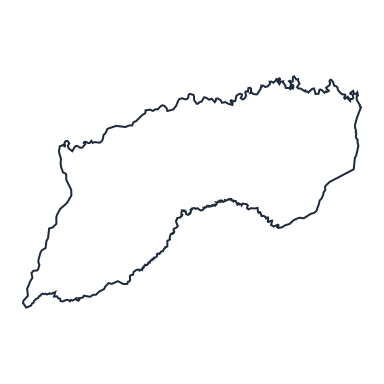 the district of Lukulu, Western, Zambia
{"feature_id": "96606910B66911286782898", "entity_name": "Lukulu", "entity_type": "district", "adm_level": 2, "iso_a3": "ZMB", "parent_name": "Zambia", "parent_adm1": "Western", "projection": "natural_earth1", "projection_center": [23.918, -14.375], "detail": "fine", "context": "isolated", "style": "outline", "palette": "slate", "viewbox_px": 384, "rotation_deg": 0, "n_neighbors": 0, "source": "geoboundaries", "source_scale": "gbopen_adm2", "svg_char_len": 5863}
<svg xmlns="http://www.w3.org/2000/svg" viewBox="0 0 384 384"><path d="M150.1,109.6L145.5,110.4L145.6,112.0L144.9,113.5L142.4,114.9L136.0,121.2L133.5,122.1L132.2,125.4L129.2,125.5L125.3,127.0L116.2,125.9L107.5,128.8L105.4,133.4L103.6,134.8L102.8,139.1L101.9,141.0L99.8,142.7L94.6,142.1L92.6,142.9L91.4,140.8L89.5,143.1L87.7,142.9L86.0,141.8L84.3,141.9L83.8,142.9L85.0,143.3L85.2,144.1L82.6,147.4L80.2,147.8L77.2,145.9L75.9,146.0L74.5,147.3L72.3,151.2L68.6,148.4L67.9,145.8L69.3,143.3L67.5,141.0L65.9,141.0L64.9,142.1L64.3,143.9L65.2,145.4L64.8,146.4L62.9,145.1L59.8,146.3L58.9,151.7L60.9,158.6L60.6,164.0L61.3,167.6L63.0,172.3L65.7,173.7L66.2,174.7L66.3,179.8L71.2,189.8L71.4,195.4L67.0,203.0L60.2,208.9L57.0,214.9L56.3,217.4L56.4,223.7L52.8,227.4L49.1,228.5L48.1,237.9L46.4,241.2L45.6,248.0L41.7,250.4L40.4,252.9L38.6,259.3L38.3,261.9L39.4,265.0L38.1,269.3L37.2,270.4L33.5,270.8L31.5,273.0L32.4,278.0L30.7,280.4L27.1,288.8L27.9,295.8L23.4,300.8L23.0,302.9L26.2,307.6L31.0,305.6L32.1,303.4L33.5,302.7L34.0,301.0L36.2,298.8L38.1,298.1L39.2,296.1L40.5,295.7L41.0,294.7L42.8,293.6L44.4,294.2L45.6,293.7L47.2,294.5L49.5,293.3L49.8,293.8L52.0,293.7L52.9,292.8L54.3,292.8L55.2,292.2L54.0,296.6L57.0,296.3L58.3,298.4L60.0,298.6L60.6,301.0L62.6,301.5L66.6,299.8L68.4,300.1L70.0,301.3L71.1,299.9L72.7,300.6L76.3,298.3L76.7,300.0L78.3,300.7L79.4,299.8L78.6,298.2L82.8,297.6L83.9,295.7L89.9,296.8L93.3,294.8L96.0,294.7L99.4,291.4L104.1,289.1L105.1,286.8L108.6,283.1L111.7,283.9L117.9,281.2L123.4,284.0L127.3,283.9L128.0,281.7L129.4,281.4L130.1,280.1L129.9,276.0L130.7,275.2L132.9,274.8L133.7,271.8L136.7,269.8L138.8,269.6L139.4,270.6L141.1,269.6L142.1,270.0L142.3,268.3L143.2,268.2L143.2,267.2L144.0,266.9L144.0,266.1L145.4,265.4L145.3,264.8L147.0,265.0L147.9,264.1L148.0,263.0L148.8,262.4L149.9,262.6L150.1,261.2L150.9,260.3L151.8,260.4L152.4,259.0L153.5,259.3L153.9,257.6L155.7,257.5L156.5,256.7L157.2,255.6L156.9,254.1L158.5,253.4L159.5,253.9L161.1,251.6L163.1,251.1L163.5,249.5L165.1,248.1L165.1,247.3L167.3,246.5L167.4,240.8L170.0,239.5L169.7,237.5L170.6,234.3L171.3,233.7L172.4,234.0L173.4,233.3L173.2,232.9L173.6,232.9L173.7,232.7L173.9,232.6L174.0,232.5L174.3,231.6L173.5,230.2L173.6,229.0L176.0,227.9L177.8,226.1L176.0,221.6L176.3,220.1L176.8,219.9L177.2,218.1L180.5,217.4L180.7,216.4L182.0,215.8L181.7,214.9L182.2,214.6L181.4,213.8L181.4,212.6L181.8,211.2L183.0,211.0L182.6,210.4L184.3,210.5L184.0,211.2L184.5,211.5L185.8,211.5L186.2,214.2L188.2,214.9L189.3,213.4L189.8,213.9L190.6,212.9L190.7,211.3L191.6,209.9L190.8,209.6L191.9,208.5L194.3,208.0L195.7,208.9L197.3,208.2L200.7,210.5L202.5,210.1L203.6,208.9L203.5,207.8L204.4,208.0L204.9,207.2L205.8,207.5L206.9,206.4L208.0,206.6L207.7,205.8L209.9,205.9L210.4,206.5L212.2,206.0L212.3,205.1L214.8,205.7L214.7,204.6L216.2,204.7L216.9,202.9L216.5,202.4L217.6,202.6L218.2,201.4L220.2,201.9L220.0,201.1L220.7,201.4L221.1,200.6L221.5,201.2L222.2,200.9L223.0,201.9L224.5,201.3L224.8,200.0L226.2,200.6L228.6,199.2L229.3,200.3L229.2,199.6L230.5,198.9L231.2,199.9L231.5,199.4L232.4,200.5L233.1,200.5L233.5,201.5L234.3,200.8L235.7,201.0L237.3,204.5L238.3,203.4L238.9,204.3L239.5,203.8L240.1,204.5L241.5,204.3L241.7,205.1L242.6,203.6L247.1,204.4L247.8,205.4L247.0,208.0L248.4,209.4L250.9,208.2L254.9,208.5L257.5,207.9L258.0,212.0L258.8,212.8L259.4,212.1L260.4,212.4L261.5,216.0L263.7,215.9L265.2,216.8L266.1,218.4L267.1,217.5L268.1,217.5L267.8,221.6L268.6,222.1L270.3,220.9L272.2,220.7L271.0,225.0L273.7,226.5L277.9,224.7L278.5,225.2L278.3,226.1L277.2,227.1L278.3,228.0L282.0,227.3L285.1,225.3L289.9,223.8L292.7,220.9L295.7,219.1L299.6,217.7L303.7,218.3L310.9,213.8L313.9,213.0L316.3,211.1L319.1,203.5L319.6,200.6L321.7,198.4L323.3,194.5L323.5,192.5L325.3,190.0L325.0,187.0L325.7,185.6L329.7,181.9L353.7,169.3L354.9,157.9L356.2,155.6L358.4,145.6L357.5,142.3L357.7,139.7L356.6,138.7L355.8,136.7L356.3,133.8L355.6,132.3L356.1,131.1L355.1,127.8L355.0,125.0L357.0,117.5L361.0,107.2L359.8,106.5L359.9,105.1L356.7,99.9L356.7,96.0L357.9,95.5L357.3,92.4L356.1,93.9L354.3,93.9L353.1,90.9L350.2,93.2L350.6,94.0L352.7,94.6L353.3,98.1L352.0,99.1L350.1,98.8L350.1,100.9L349.3,100.2L349.1,98.8L348.1,98.7L348.4,97.7L347.9,96.8L344.9,98.8L344.1,97.7L345.4,95.7L345.1,94.6L342.1,94.3L340.1,92.6L338.0,90.1L337.4,87.4L336.3,86.4L334.2,85.6L332.9,81.7L331.1,79.7L330.3,79.8L329.4,81.4L330.2,82.7L329.5,85.2L326.2,87.6L326.5,88.7L328.8,90.7L328.6,91.2L327.0,91.9L326.0,91.4L324.5,92.8L321.8,90.1L320.1,89.5L319.4,90.0L318.6,93.7L315.6,94.0L314.0,88.5L312.2,88.8L308.3,92.5L307.5,91.6L306.1,91.7L305.4,90.4L304.4,91.1L300.9,88.7L298.0,88.3L297.0,87.1L299.5,83.7L298.0,80.6L298.1,79.2L296.2,79.4L294.2,76.4L292.9,77.0L292.7,81.6L291.6,81.8L289.8,80.8L289.0,81.2L290.6,82.8L290.7,83.9L293.2,85.2L293.5,87.1L293.0,88.4L290.7,85.7L289.9,87.5L291.1,88.5L290.6,89.2L289.3,88.2L285.8,87.9L285.2,85.2L283.1,82.6L283.2,81.3L280.6,81.8L279.4,84.1L277.6,81.5L279.5,80.5L280.1,79.0L279.3,78.3L277.3,79.6L276.4,79.1L275.3,81.0L273.2,82.7L271.4,81.6L269.7,81.7L270.0,83.8L267.8,86.3L265.2,87.0L263.4,85.7L261.3,85.6L261.5,87.3L260.8,87.5L260.6,88.9L257.1,94.4L253.4,94.1L251.8,92.6L250.3,93.0L251.0,91.2L251.0,88.6L249.9,87.7L248.4,88.1L247.9,91.7L246.2,91.3L245.2,92.3L246.1,95.6L245.0,97.9L243.2,99.4L242.2,99.3L240.7,98.0L241.9,95.8L241.9,94.4L240.0,93.7L237.5,94.9L236.5,95.7L235.2,101.1L233.8,101.4L231.3,100.2L230.6,100.7L230.9,102.0L232.7,103.5L232.4,104.9L228.8,104.0L225.3,102.1L222.0,102.8L220.9,100.5L217.7,98.4L216.0,98.8L215.6,101.1L214.7,102.2L211.7,98.7L209.1,99.7L206.3,97.8L204.1,97.3L201.6,101.6L199.9,102.0L197.8,103.7L196.8,103.8L194.1,100.1L194.0,96.3L193.5,94.9L189.7,93.9L188.5,95.0L188.3,97.6L187.1,99.0L185.3,99.4L182.2,98.3L179.4,99.0L178.0,101.2L176.1,105.9L173.2,109.5L167.4,111.0L166.4,107.8L164.2,105.8L162.4,105.3L160.9,106.0L157.7,109.4L155.7,109.2L152.8,110.9L150.1,109.6Z" fill="none" stroke="#1e293b" stroke-width="2"/></svg>